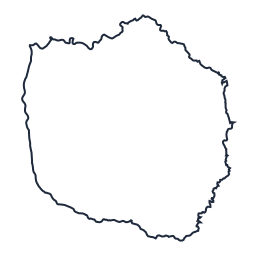 Rio Sono, Tocantins, Brazil (Robinson projection)
{"feature_id": "56859067B84036552664614", "entity_name": "Rio Sono", "entity_type": "district", "adm_level": 2, "iso_a3": "BRA", "parent_name": "Brazil", "parent_adm1": "Tocantins", "projection": "robinson", "projection_center": [-47.503, -9.644], "detail": "fine", "context": "isolated", "style": "outline", "palette": "slate", "viewbox_px": 256, "rotation_deg": 0, "n_neighbors": 0, "source": "geoboundaries", "source_scale": "gbopen_adm2", "svg_char_len": 5733}
<svg xmlns="http://www.w3.org/2000/svg" viewBox="0 0 256 256"><path d="M45.3,192.8L46.6,192.7L47.9,193.3L48.9,193.4L50.2,194.1L50.8,194.6L52.0,197.3L52.9,198.6L54.0,199.8L55.3,200.6L56.0,201.2L57.1,203.7L58.1,204.3L59.4,204.3L63.5,204.8L65.2,205.2L71.1,207.6L73.2,208.8L73.8,209.4L74.4,211.0L75.4,211.8L78.5,213.1L79.4,213.3L82.5,213.4L84.8,214.2L85.5,214.9L86.3,214.9L87.2,215.7L88.0,217.7L88.6,218.4L89.5,218.9L90.4,218.5L92.6,219.1L93.5,219.5L94.4,219.5L95.3,220.8L96.3,221.8L98.2,222.0L99.0,222.2L99.9,222.2L101.6,221.5L103.2,219.4L104.1,219.2L105.1,219.8L106.7,219.7L108.0,220.5L109.3,220.2L110.4,220.5L113.3,219.9L114.4,220.0L117.6,221.5L119.7,222.0L122.6,220.9L123.6,221.0L125.7,222.1L127.6,222.1L129.8,221.3L131.0,220.3L131.7,220.7L131.6,221.6L131.8,222.8L132.6,223.4L137.4,224.7L139.4,226.4L140.7,229.0L143.6,230.1L144.6,231.2L145.8,232.1L147.3,235.4L148.1,236.2L150.9,236.9L152.1,237.0L154.0,237.5L155.7,238.4L156.3,237.7L156.9,236.3L157.9,235.5L159.2,235.4L162.0,236.5L163.8,236.4L164.8,236.1L165.7,235.5L168.0,236.1L168.8,236.9L170.1,236.4L173.1,235.9L174.3,236.9L174.6,237.9L175.9,238.7L177.2,238.7L178.3,239.2L179.0,240.0L180.2,240.6L182.2,240.5L183.5,239.9L184.4,238.0L185.4,237.2L186.0,236.2L187.2,235.8L188.8,235.8L190.4,235.2L192.6,232.9L194.4,232.0L195.3,231.9L196.6,231.2L198.2,230.8L198.3,229.4L198.7,228.8L198.7,228.0L198.0,226.7L196.6,226.4L196.6,225.5L197.3,224.6L198.1,223.1L199.0,222.4L200.6,222.4L199.7,221.6L198.5,220.9L197.5,220.9L198.0,219.8L198.3,218.2L199.7,218.2L200.7,217.2L199.8,217.1L198.7,216.6L198.3,215.6L198.3,214.8L198.6,213.5L199.6,213.3L201.7,213.3L202.4,212.1L203.1,212.0L204.1,212.7L205.2,212.1L205.8,210.8L206.2,208.2L207.1,207.1L207.8,206.7L210.4,207.0L210.4,204.8L209.5,202.9L209.5,201.0L211.0,201.4L211.9,202.1L213.3,201.9L213.4,200.7L212.8,199.8L211.6,198.8L212.0,198.0L213.1,198.4L214.2,196.6L214.5,195.4L214.3,193.2L213.1,192.7L212.6,191.2L213.5,189.7L213.6,188.7L215.3,187.9L216.0,188.3L217.5,186.0L218.6,185.8L218.0,184.7L217.2,183.9L217.6,182.3L219.4,182.3L220.3,181.1L220.2,179.9L222.3,179.7L223.4,178.4L224.6,178.4L225.6,177.2L228.3,175.4L229.1,174.1L228.8,173.4L228.6,171.4L229.6,170.8L228.8,169.3L230.0,168.1L228.1,167.0L227.6,166.5L227.3,165.0L226.2,165.1L225.3,161.6L226.2,160.8L225.7,160.0L225.8,159.2L226.8,156.1L227.6,155.5L227.0,155.1L226.1,155.2L226.5,154.3L226.2,153.4L226.4,151.9L226.0,150.2L226.4,149.2L225.1,147.5L224.6,146.0L223.2,143.6L223.0,141.9L223.2,141.2L224.3,140.3L225.6,140.6L226.7,140.3L227.2,139.2L226.6,136.7L226.4,134.3L226.7,133.2L226.8,131.7L227.5,130.9L227.9,129.5L228.8,128.9L231.1,128.6L231.8,128.0L232.1,127.1L232.0,125.5L232.3,124.2L233.0,122.8L233.8,122.4L231.3,122.1L230.8,122.8L230.2,123.1L228.9,118.1L227.4,113.7L226.4,113.1L226.1,112.0L226.2,111.2L226.6,110.1L225.9,108.7L225.6,107.4L225.6,105.0L225.5,104.3L225.7,103.3L225.2,102.5L225.5,101.0L225.2,99.0L224.6,97.7L224.5,96.1L223.8,94.1L223.6,92.9L224.6,90.5L224.5,88.5L225.5,86.4L227.4,85.4L227.2,84.2L227.1,82.7L226.6,80.9L224.3,82.2L222.5,82.8L222.2,83.6L221.8,82.4L222.4,81.5L222.3,80.3L225.4,78.0L224.8,76.9L224.0,77.3L221.5,76.3L221.3,75.3L219.1,74.6L219.1,73.1L218.7,72.5L218.0,73.3L217.0,72.5L214.9,71.6L213.6,70.8L212.9,70.7L211.3,69.6L210.6,68.1L209.2,67.5L206.8,68.2L204.6,67.5L200.9,64.6L200.3,63.7L199.3,60.9L197.5,61.7L196.6,60.5L194.3,60.6L193.1,60.4L192.3,59.8L191.2,58.6L190.0,58.1L189.4,57.6L189.0,56.8L189.5,55.8L189.5,54.4L187.3,51.9L185.7,50.4L185.4,49.6L185.4,47.9L185.0,47.0L184.5,46.3L184.0,44.5L182.9,44.0L178.8,43.1L177.4,43.1L176.3,42.2L174.9,41.6L174.0,41.8L173.2,42.3L172.4,43.0L171.2,42.5L169.0,39.8L168.5,38.5L168.9,36.8L168.5,36.2L167.1,35.2L167.2,34.1L166.8,32.1L166.2,31.1L164.5,31.3L163.6,30.7L161.3,30.8L160.5,30.5L160.1,29.9L160.1,29.1L161.1,26.1L160.5,25.0L158.4,25.0L157.6,24.8L156.9,24.1L156.4,23.2L155.9,21.2L155.4,20.3L151.7,18.8L148.7,16.8L147.9,16.5L145.2,17.0L143.7,15.7L143.0,15.4L142.2,16.1L141.2,17.5L139.8,18.4L138.1,19.9L137.4,20.3L136.5,20.5L135.8,19.8L135.3,18.7L134.3,19.0L133.0,20.3L130.8,21.1L128.2,22.7L127.7,23.7L126.1,23.2L124.9,23.2L123.3,22.0L122.3,22.0L121.6,22.3L120.5,23.5L120.1,24.2L120.3,25.3L121.9,26.5L122.6,27.3L122.4,29.3L122.6,31.1L122.2,31.8L120.5,32.9L119.2,34.6L116.4,35.8L112.5,38.4L111.6,38.4L108.9,37.4L104.2,34.6L103.4,34.8L102.1,36.0L101.7,36.9L101.4,38.8L101.1,39.5L100.2,40.3L98.4,42.6L97.7,42.7L96.0,42.0L94.9,41.9L93.9,42.1L93.2,43.1L92.9,44.5L93.0,46.5L92.7,47.5L91.7,48.9L90.9,49.2L90.0,49.1L89.0,48.4L88.3,47.8L87.0,46.0L86.2,45.4L83.8,43.8L82.2,43.0L79.8,42.6L77.0,42.7L76.0,43.0L75.0,43.9L74.0,44.1L73.0,43.7L72.5,42.8L72.8,40.5L73.4,38.7L72.7,38.2L71.9,38.1L71.1,38.1L70.3,38.5L69.9,39.3L69.7,40.1L69.7,42.4L69.4,43.2L68.4,43.3L65.5,42.6L63.7,40.3L63.0,39.9L62.0,39.8L60.9,39.9L59.5,40.4L57.4,40.5L54.7,39.4L53.1,39.4L52.5,39.0L51.5,37.6L50.9,37.2L50.2,37.5L50.3,38.2L50.8,39.1L51.0,40.0L49.7,41.7L49.2,42.7L46.4,46.1L42.7,48.6L42.0,48.6L40.3,48.1L39.2,46.9L37.5,44.7L36.1,43.5L35.0,43.8L33.5,45.0L32.2,45.3L29.9,45.2L29.8,46.1L31.2,49.1L31.4,49.9L31.7,51.7L31.7,53.9L31.0,57.2L31.0,60.3L30.9,61.3L29.2,65.7L27.8,71.6L26.3,77.3L25.2,79.0L24.1,82.4L23.8,84.4L23.9,86.3L24.1,88.3L24.7,90.3L24.9,92.5L24.7,93.5L24.3,94.4L22.7,96.9L22.2,98.2L22.2,99.7L22.8,101.0L24.7,103.4L25.4,105.0L25.5,106.0L25.0,109.0L25.0,111.0L25.3,112.2L25.9,113.2L27.3,115.0L27.7,115.7L28.1,116.8L28.3,118.0L28.1,118.8L26.7,120.9L26.3,122.0L26.2,123.2L27.1,127.2L28.0,128.9L28.7,129.8L29.0,130.9L29.0,133.1L29.3,138.3L30.1,142.6L30.2,143.8L30.1,145.6L30.9,149.9L31.5,152.4L32.1,161.7L31.9,162.9L32.3,163.7L32.8,166.5L33.2,170.3L33.7,172.1L35.0,174.0L35.6,175.6L35.7,178.3L36.1,181.0L37.1,183.5L37.9,184.5L38.2,185.5L41.1,189.2L42.4,190.5L43.1,191.1L44.1,191.6L45.3,192.8Z" fill="none" stroke="#1e293b" stroke-width="2"/></svg>